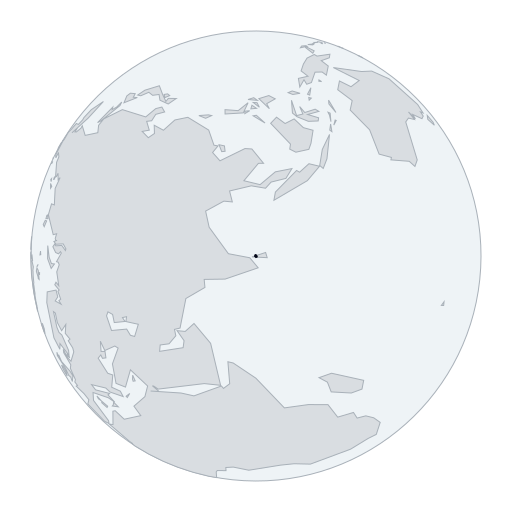 Vavuniyāva highlighted on a globe, orthographic projection, rotated 276°
{"feature_id": "LKA-2456", "entity_name": "Vavuniyāva", "entity_type": "District", "adm_level": 1, "iso_a3": "LKA", "parent_name": "Sri Lanka", "parent_adm1": "", "projection": "orthographic", "projection_center": [80.482, 8.836], "detail": "fine", "context": "on_globe", "style": "filled", "palette": "ink", "viewbox_px": 512, "rotation_deg": 276, "n_neighbors": 0, "source": "natural_earth", "source_scale": "10m", "svg_char_len": 8873}
<svg xmlns="http://www.w3.org/2000/svg" viewBox="0 0 512 512"><g transform="rotate(276 256 256)"><circle cx="256" cy="256" r="225" fill="#eef3f6" stroke="#a8b0b8"/><path d="M332.8,44.2L332.6,44.1L331.6,43.8L332.8,44.2ZM351.1,51.8L350.8,51.6L350.7,51.6L351.1,51.8ZM348.9,50.8L345.6,49.8L350.0,51.9L335.8,46.2L343.3,48.5L342.4,47.9L345.6,49.3L348.9,50.8ZM328.4,43.5L326.3,43.0L326.8,42.9L328.4,43.5ZM252.1,30.8L251.8,30.8L251.2,30.8L252.1,30.8ZM54.5,155.3L73.5,127.7L73.4,131.4L86.7,129.9L87.4,132.1L79.9,142.0L85.2,158.1L93.9,150.3L104.5,160.2L115.4,161.8L129.7,143.0L112.0,139.9L114.7,130.1L133.7,124.5L150.0,128.5L151.7,125.0L146.2,115.5L155.0,110.1L144.9,111.9L145.3,115.8L139.0,117.4L138.2,114.0L141.4,112.0L137.9,109.7L123.9,120.8L122.7,126.0L110.4,126.2L107.4,135.2L102.3,138.6L105.5,124.9L109.0,120.4L110.9,105.9L106.1,110.5L104.0,124.8L102.4,123.3L95.9,130.8L99.6,123.9L103.2,108.2L95.4,109.5L76.8,126.6L74.1,127.3L75.8,122.7L91.3,104.2L95.6,104.8L101.2,99.3L107.8,90.8L108.6,92.0L111.8,89.0L114.2,89.3L124.9,83.1L128.4,83.2L139.7,74.9L143.0,74.1L135.4,79.1L132.0,83.0L141.6,84.8L145.5,83.3L152.1,78.1L153.9,79.7L159.1,74.4L168.1,74.0L161.4,70.5L169.0,65.4L178.3,62.4L179.5,60.4L164.4,65.4L159.4,68.1L157.1,71.2L142.5,79.5L137.7,80.4L148.4,70.2L142.7,70.7L153.5,63.6L187.8,52.8L198.5,52.1L201.2,60.7L194.6,63.1L190.3,61.0L187.7,67.2L191.0,64.6L192.6,66.3L200.2,62.7L201.6,63.8L206.4,58.9L209.0,59.8L205.9,62.9L219.4,59.5L226.7,61.2L229.1,60.0L229.5,58.2L238.6,62.1L239.9,61.1L237.5,59.4L238.5,56.4L244.0,53.0L246.8,54.5L245.2,55.9L246.2,61.7L241.5,65.9L243.2,66.2L247.9,63.0L246.8,55.9L249.3,53.5L250.8,56.5L250.4,55.2L252.5,54.5L257.3,55.4L256.0,52.1L275.4,45.2L286.5,47.2L285.7,50.1L302.2,49.2L313.5,53.0L311.2,51.2L317.6,50.5L314.1,49.2L313.5,48.4L328.4,47.9L334.0,49.6L337.8,48.8L336.7,48.1L332.7,46.7L335.8,46.2L350.0,51.9L351.9,53.1L359.5,56.5L362.8,59.2L369.0,63.5L368.3,65.6L373.3,69.4L375.7,70.4L384.3,76.9L393.7,88.1L375.5,74.6L359.3,60.1L365.0,65.2L360.5,63.0L360.6,64.4L364.9,68.6L367.4,69.6L358.1,73.5L362.1,85.8L369.5,85.8L376.5,90.3L387.6,107.8L382.8,131.8L392.1,140.9L394.3,146.8L389.7,150.1L386.4,141.5L379.6,138.1L378.5,133.2L370.0,136.7L368.0,129.8L362.4,136.5L367.2,142.2L375.4,141.1L371.4,150.8L382.8,161.1L386.8,173.7L376.3,195.8L361.8,202.6L361.5,206.7L354.4,202.0L346.9,210.2L361.7,233.8L362.0,240.7L349.0,253.8L348.4,248.7L329.6,236.1L327.4,252.6L341.7,266.4L346.7,282.6L336.3,277.6L331.1,263.3L324.4,258.4L325.3,244.0L317.9,222.9L307.3,226.8L307.2,218.3L295.4,201.2L279.7,206.4L255.4,228.3L253.6,250.0L244.5,259.4L229.8,227.7L227.3,206.9L219.4,208.5L206.4,190.7L176.4,188.0L174.5,182.6L168.3,184.6L159.6,178.7L157.5,170.0L151.1,170.1L157.2,193.1L164.3,193.3L173.5,185.3L173.6,193.5L182.4,201.4L164.4,220.0L123.7,234.3L123.7,217.9L113.4,172.6L115.9,168.0L116.0,167.5L116.1,166.5L111.1,173.8L110.7,165.3L111.9,195.8L110.4,208.9L123.1,235.2L120.9,237.5L126.2,243.2L147.9,239.1L147.2,244.5L134.5,268.6L107.9,300.1L113.7,323.6L115.7,343.1L104.3,354.1L110.6,369.3L105.4,373.5L108.5,381.9L107.4,390.0L103.5,396.9L91.2,394.3L86.3,386.6L73.8,370.3L54.7,331.8L53.4,315.7L50.6,302.4L42.2,271.2L43.7,255.5L42.5,248.1L39.4,248.6L38.6,239.9L37.1,239.0L31.5,240.0L32.0,232.1L34.3,216.2L37.7,200.4L42.2,185.0L47.8,170.0L54.5,155.3ZM58.7,149.1L56.5,153.1L58.7,149.1ZM163.3,143.7L175.8,146.1L177.2,133.5L182.1,133.6L180.8,129.6L177.2,132.6L175.0,122.0L182.9,119.5L185.0,114.6L180.9,113.6L166.8,120.1L169.8,135.0L164.0,139.4L163.3,143.7ZM127.3,74.0L125.6,76.0L121.2,79.1L116.8,80.8L123.2,76.1L127.3,74.0ZM124.4,78.3L136.3,68.8L139.5,68.0L135.7,69.9L136.6,70.3L130.7,73.7L122.2,82.9L117.7,86.4L112.0,86.5L116.3,84.3L117.7,82.2L124.4,78.3ZM160.9,52.1L166.1,49.6L166.4,50.7L161.5,53.0L156.7,54.3L159.7,52.5L160.9,52.1ZM233.0,31.9L235.8,31.6L236.3,31.8L229.2,32.9L233.0,32.5L233.5,33.1L228.0,34.3L227.7,33.7L221.9,35.7L218.2,35.6L217.8,35.8L212.7,36.5L205.9,37.9L205.1,37.7L202.7,38.4L199.4,39.1L195.9,40.1L193.2,40.4L188.8,41.7L190.0,41.1L183.1,43.5L187.0,41.9L183.1,43.1L181.3,44.0L178.0,44.6L196.0,38.9L214.3,34.6L233.0,31.9ZM246.4,30.9L251.6,30.8L244.1,31.3L238.3,31.7L239.5,31.3L246.4,30.9ZM91.8,128.8L93.0,129.6L95.7,129.7L91.6,134.8L91.8,128.8ZM93.9,118.0L95.5,117.7L91.1,124.2L89.8,123.7L93.9,118.0ZM100.2,112.4L95.9,117.2L97.5,114.2L100.2,112.4ZM137.3,78.7L139.4,78.4L138.2,79.7L135.3,81.4L137.3,78.7ZM210.0,42.8L210.8,41.8L212.3,41.5L218.0,39.1L221.2,39.4L219.0,40.9L210.0,42.8ZM124.6,145.8L119.2,148.9L118.6,146.9L120.5,146.1L124.6,145.8ZM103.0,141.5L106.1,144.8L101.8,142.8L103.0,141.5ZM214.5,42.7L216.4,41.6L216.8,42.5L214.5,42.7ZM223.8,39.6L224.9,40.3L222.2,39.2L223.8,39.6ZM226.2,445.5L230.2,447.8L226.4,447.8L226.2,445.5ZM147.3,343.4L143.6,376.1L134.7,375.3L129.7,365.1L128.7,345.0L138.0,340.2L141.6,331.4L147.3,343.4ZM394.3,319.7L399.5,320.5L399.2,321.6L394.3,319.7ZM388.9,316.2L395.1,316.4L387.6,318.5L388.9,316.2ZM397.4,316.5L403.7,314.4L406.5,312.6L405.8,314.8L397.4,316.5ZM384.6,316.4L360.1,316.4L350.1,313.7L352.7,309.9L368.9,310.8L384.6,316.4ZM351.9,309.8L336.3,299.2L313.3,268.0L321.6,268.6L345.3,287.4L343.9,290.6L353.3,299.0L351.9,309.8ZM388.6,289.7L387.0,299.6L373.8,298.9L367.6,297.4L363.4,284.8L365.8,278.4L370.9,278.6L389.5,256.7L396.2,261.9L390.8,271.1L396.3,279.6L388.6,289.7ZM254.7,252.1L260.5,265.2L255.5,267.3L254.7,252.1ZM396.0,241.6L389.2,251.1L395.1,238.5L396.0,241.6ZM398.9,229.8L399.8,234.5L396.4,230.0L398.9,229.8ZM362.2,213.1L356.9,214.3L356.2,211.0L362.8,207.6L362.2,213.1ZM389.7,184.5L391.4,194.0L391.0,197.2L387.7,191.5L389.7,184.5ZM244.6,47.8L233.2,50.4L227.1,53.3L227.0,56.4L222.2,53.6L231.6,49.0L244.6,47.8ZM271.3,45.2L271.3,43.2L274.6,43.8L275.0,44.4L271.3,45.2ZM269.0,44.1L263.0,42.3L265.1,41.1L269.5,42.7L269.0,44.1ZM238.4,41.2L234.8,41.8L234.5,41.0L238.4,41.2ZM404.7,419.7L409.8,412.6L413.7,411.6L407.6,418.1L404.7,419.7ZM405.0,390.9L368.4,406.3L361.7,404.7L366.2,398.5L365.7,380.1L368.2,380.4L370.2,367.8L393.4,355.8L411.0,334.4L420.6,335.4L429.9,319.9L438.8,320.7L434.3,332.8L441.3,340.3L451.5,313.2L450.5,341.7L452.0,351.7L446.1,369.8L423.6,400.9L415.7,407.2L416.5,404.5L412.6,407.7L409.9,406.7L413.2,397.0L409.1,400.2L415.2,392.6L408.3,399.4L409.1,393.2L405.0,390.9ZM464.3,341.7L464.5,341.0L466.2,336.2L466.1,336.9L464.5,341.3L464.3,341.7ZM472.3,318.9L471.8,320.6L471.6,321.3L472.3,318.9ZM472.5,318.3L473.3,315.3L472.5,318.3L472.5,318.3ZM474.7,303.0L475.2,301.4L475.1,302.6L474.7,303.0ZM407.1,320.5L414.8,312.6L418.6,311.9L407.1,320.5ZM474.8,299.9L474.1,299.7L474.4,298.1L474.8,299.9ZM475.4,296.3L475.6,294.1L475.3,299.1L475.4,296.3ZM474.5,291.6L475.0,295.3L474.3,292.0L474.5,291.6ZM473.8,292.2L473.1,290.5L473.2,289.9L473.8,292.2ZM461.2,295.8L464.4,308.4L460.8,308.2L457.1,300.5L452.5,308.0L443.2,307.1L445.9,302.5L445.0,295.5L434.3,293.0L432.1,288.5L436.3,285.3L428.6,281.9L437.1,279.6L440.2,288.9L444.8,281.5L451.9,283.1L458.2,286.1L462.5,292.9L461.2,295.8ZM436.4,300.2L437.7,300.2L436.3,303.0L436.4,300.2ZM471.7,285.4L472.7,289.9L472.5,291.1L471.9,290.4L471.7,285.4ZM463.6,291.3L468.5,283.4L469.5,283.5L466.1,292.4L463.6,291.3ZM467.7,278.4L469.6,279.4L470.4,283.7L469.9,285.0L467.7,278.4ZM419.2,291.9L418.8,294.5L416.5,292.6L419.2,291.9ZM422.3,290.3L429.1,293.0L421.6,292.6L422.3,290.3ZM399.9,281.7L402.1,287.8L409.2,283.8L403.8,289.5L408.2,299.5L406.4,303.4L402.1,292.5L400.0,303.8L396.8,303.7L395.4,294.0L398.8,282.2L402.0,277.3L414.6,275.0L399.9,281.7ZM422.4,282.8L420.5,275.7L421.8,270.9L423.9,274.7L422.4,282.8ZM414.3,258.7L408.6,250.7L403.9,253.9L412.8,242.4L416.9,252.0L414.3,258.7ZM408.6,241.0L404.3,243.8L408.4,237.2L408.6,241.0ZM402.9,241.1L401.8,235.5L405.5,236.2L402.9,241.1ZM410.9,241.2L410.8,231.7L413.2,237.2L410.9,241.2ZM398.7,223.1L407.6,232.1L397.0,228.4L394.0,210.4L398.3,209.9L398.7,223.1ZM406.5,153.4L404.0,148.8L407.1,147.8L408.0,151.2L406.5,153.4ZM415.2,142.1L407.2,146.1L400.3,150.2L403.6,152.3L404.3,160.2L398.0,152.8L400.9,144.2L406.5,142.7L405.0,136.4L407.6,132.3L403.3,124.6L403.7,121.5L409.3,128.2L415.2,142.1ZM401.2,121.4L394.6,108.7L401.7,110.8L404.8,114.1L404.8,118.9L401.0,117.4L401.2,121.4ZM395.1,106.4L391.4,105.0L374.0,87.5L372.1,84.5L389.1,98.0L386.5,97.6L389.5,101.8L395.1,106.4ZM328.2,43.8L326.4,43.1L328.9,43.9L328.2,43.8ZM311.5,47.7L311.1,46.7L314.0,47.4L311.5,47.7ZM311.6,44.6L308.5,44.5L310.6,43.9L311.6,44.6ZM301.9,44.6L306.7,44.1L303.8,45.6L301.9,44.6Z" fill="#d9dde1" stroke="#a8b0b8" stroke-width="1"/><path d="M257.1,255.7L256.9,255.7L256.8,255.8L256.7,255.9L256.4,255.9L256.4,256.0L256.6,256.0L256.6,256.3L256.4,256.5L256.2,256.7L255.9,256.6L255.6,256.8L255.6,257.0L255.4,257.1L255.2,257.0L255.2,256.9L255.0,256.7L254.9,256.4L254.8,256.2L255.0,256.1L255.4,256.0L255.7,256.0L255.7,255.8L255.6,255.7L255.4,255.5L255.6,255.4L255.8,255.2L255.7,255.0L255.7,254.9L255.8,254.9L256.0,254.9L256.1,255.0L256.3,254.9L256.5,254.9L256.7,255.0L256.8,255.0L257.0,255.2L257.1,255.3L257.1,255.6L257.1,255.7Z" fill="#0f172a" stroke="#020617" stroke-width="1.5"/></g></svg>